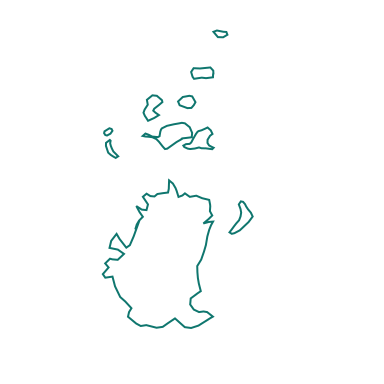 outline of Jindo-gun, South Jeolla, South Korea, rotated 140°
{"feature_id": "91817680B56099735913612", "entity_name": "Jindo-gun", "entity_type": "district", "adm_level": 2, "iso_a3": "KOR", "parent_name": "South Korea", "parent_adm1": "South Jeolla", "projection": "mercator", "projection_center": [126.119, 34.39], "detail": "fine", "context": "isolated", "style": "outline", "palette": "teal", "viewbox_px": 384, "rotation_deg": 140, "n_neighbors": 0, "source": "geoboundaries", "source_scale": "gbopen_adm2", "svg_char_len": 3096}
<svg xmlns="http://www.w3.org/2000/svg" viewBox="0 0 384 384"><g transform="rotate(140 192 192)"><path d="M306.4,110.8L301.1,107.5L294.9,107.0L286.3,106.1L284.4,93.1L280.1,88.4L272.9,85.5L259.0,83.6L256.1,83.1L257.6,90.3L260.0,93.1L263.8,95.5L266.2,100.8L265.7,107.0L261.4,111.3L252.8,110.8L249.0,110.4L245.6,117.5L242.8,122.3L239.4,127.1L235.6,131.9L228.4,134.3L221.2,138.6L215.5,142.4L208.8,148.1L203.1,152.0L198.8,154.3L194.9,155.8L198.3,158.2L203.5,160.6L196.8,160.6L191.6,161.0L190.6,165.8L187.3,169.2L186.3,170.6L183.9,174.9L188.2,180.7L191.1,186.4L196.8,189.7L198.3,195.5L201.6,195.5L205.5,196.9L203.1,202.6L202.1,205.5L201.2,210.8L202.1,215.6L207.8,209.3L210.7,207.0L215.0,209.8L219.8,212.7L223.6,212.7L226.5,215.6L227.9,219.9L232.7,219.9L233.7,210.8L238.5,207.4L241.8,210.8L243.7,217.0L245.1,210.3L245.6,204.6L250.9,204.1L255.2,202.6L259.5,199.8L250.4,204.1L265.2,195.5L273.8,191.2L278.1,191.6L277.7,202.6L276.7,208.4L285.3,206.5L291.1,202.2L285.8,195.5L283.9,188.3L292.5,187.8L296.3,191.6L297.7,193.6L304.4,193.1L304.4,187.8L313.1,186.4L313.5,182.1L307.3,178.3L311.6,169.2L314.5,157.7L313.5,151.0L313.1,141.9L317.4,140.5L321.2,137.6L319.3,127.1L317.4,122.3L312.6,119.4L306.4,110.8ZM161.5,237.0L157.0,234.1L153.9,237.2L152.1,243.1L153.3,249.2L155.3,251.5L158.0,253.0L162.3,255.5L168.7,258.8L174.1,260.1L175.5,259.8L177.5,258.6L181.0,255.6L182.9,256.0L186.9,260.1L188.4,263.7L190.1,266.7L193.7,266.6L192.0,264.4L189.8,262.3L187.2,259.5L185.3,255.5L185.0,251.8L185.2,245.9L185.1,242.3L183.1,241.1L171.7,240.2L165.1,239.0L166.4,239.4L165.1,239.4L161.5,237.0ZM161.9,223.5L158.0,221.6L156.6,219.4L153.3,216.5L149.0,211.8L147.0,212.0L147.8,213.7L149.0,216.7L148.6,219.6L146.5,222.0L142.0,223.5L139.0,223.3L138.0,227.1L138.6,231.4L141.0,232.0L144.9,233.1L148.0,234.5L149.4,234.5L151.7,233.9L153.9,233.1L157.4,231.8L160.8,230.4L162.9,230.4L165.8,232.5L168.8,233.1L169.0,231.4L167.4,228.0L165.8,226.1L161.9,223.5ZM164.1,152.4L165.8,147.7L167.6,144.6L170.5,142.1L174.1,140.1L178.2,139.5L181.9,138.7L186.0,137.7L189.2,137.0L188.4,134.4L186.0,133.2L180.0,131.9L168.0,132.6L161.3,134.2L160.2,138.3L160.2,142.8L159.8,146.2L159.2,148.5L159.2,151.6L160.6,153.4L164.1,152.4ZM179.4,278.4L179.9,274.8L173.4,273.0L167.9,272.2L169.0,276.2L169.4,279.2L167.4,280.1L161.9,279.9L156.9,279.9L156.0,281.6L157.1,288.3L160.2,291.5L167.3,291.6L169.8,287.3L175.3,285.6L178.2,283.9L179.2,280.5L179.4,278.4ZM115.5,284.5L117.5,279.9L117.7,277.4L114.7,275.6L111.0,273.3L108.1,270.2L102.2,266.4L100.0,268.8L99.6,268.8L97.7,271.3L97.9,275.6L106.5,281.5L111.2,285.8L115.5,284.5ZM144.5,270.3L145.7,266.4L141.6,259.2L138.4,256.8L134.7,257.4L131.6,258.6L130.4,265.1L132.2,267.4L138.0,270.7L144.5,270.3ZM228.3,282.6L230.9,276.0L230.4,272.6L229.6,270.0L228.6,267.2L225.6,266.8L226.2,273.6L225.4,276.9L224.5,279.6L223.4,281.9L221.4,283.6L221.5,284.7L226.3,284.9L228.3,282.6ZM72.6,294.0L68.7,290.5L63.8,289.7L62.8,292.5L65.0,294.6L69.1,299.7L72.6,300.9L72.6,294.0ZM221.5,293.6L221.8,291.4L220.8,289.9L217.0,289.1L213.6,290.0L213.1,291.9L214.3,293.9L220.0,294.7L221.5,293.6Z" fill="none" stroke="#0f766e" stroke-width="2"/></g></svg>